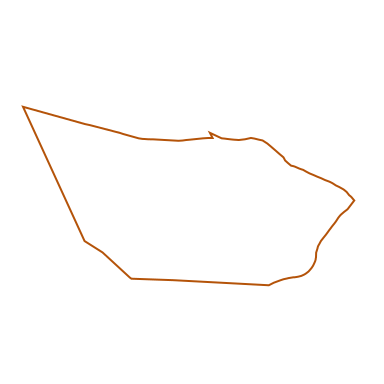 Grande Riviere/Postlewaithe, Gros Islet, Saint Lucia, rotated 265°
{"feature_id": "8701671B10801688655736", "entity_name": "Grande Riviere/Postlewaithe", "entity_type": "district", "adm_level": 2, "iso_a3": "LCA", "parent_name": "Saint Lucia", "parent_adm1": "Gros Islet", "projection": "natural_earth1", "projection_center": [-60.952, 14.042], "detail": "fine", "context": "isolated", "style": "outline", "palette": "amber", "viewbox_px": 384, "rotation_deg": 265, "n_neighbors": 0, "source": "geoboundaries", "source_scale": "gbopen_adm2", "svg_char_len": 1670}
<svg xmlns="http://www.w3.org/2000/svg" viewBox="0 0 384 384"><g transform="rotate(265 192 192)"><path d="M291.6,31.1L152.5,80.7L139.6,97.6L112.2,122.6L110.9,124.1L105.8,165.6L92.4,260.4L94.5,265.6L95.7,270.0L96.4,272.6L97.1,275.5L97.6,279.4L97.8,280.4L98.2,285.6L98.1,286.4L98.2,288.4L98.4,290.6L98.9,293.6L99.9,296.4L100.5,297.7L101.0,298.6L102.6,301.1L104.0,302.6L105.9,304.5L106.9,305.3L107.9,306.1L109.7,307.2L112.2,308.6L113.2,309.0L114.0,309.3L115.1,309.5L115.9,309.8L118.3,310.1L120.8,310.4L122.7,311.2L124.9,312.1L125.9,312.4L126.9,312.8L128.0,313.5L129.1,314.3L130.8,315.4L132.0,316.2L134.9,318.9L137.8,321.7L140.2,323.8L142.3,325.6L143.8,327.0L145.2,328.2L147.2,330.1L148.0,330.9L149.9,332.6L151.4,333.8L153.6,335.5L155.7,337.5L156.7,338.7L157.2,339.4L159.0,341.9L160.5,344.3L161.3,345.5L169.4,352.9L173.0,350.4L173.9,349.6L175.1,348.3L178.5,346.1L180.5,344.1L181.4,343.1L184.2,339.0L186.0,335.9L187.2,334.4L188.6,332.6L189.9,330.5L190.6,329.2L192.2,325.8L192.7,324.9L194.5,321.8L195.8,319.2L196.3,318.2L197.9,315.3L198.5,314.2L200.3,310.7L202.3,307.6L203.7,305.6L204.4,304.6L205.0,303.1L206.0,300.9L208.3,296.7L208.9,295.3L209.6,293.0L212.5,290.1L215.3,287.5L217.3,286.7L218.6,286.1L222.3,282.4L227.0,277.9L233.7,271.3L237.2,266.8L238.3,263.2L239.8,258.8L240.7,255.4L239.9,249.4L239.7,243.1L240.2,240.1L240.4,238.7L240.9,236.0L241.8,231.6L242.3,229.4L242.9,226.2L244.8,222.9L249.4,215.0L244.0,217.2L244.4,212.3L244.5,207.5L244.3,194.2L244.3,190.7L244.1,187.1L244.2,183.0L247.9,157.5L248.3,153.3L248.9,149.5L249.2,147.3L250.1,143.6L255.8,128.4L257.0,125.7L267.5,96.2L269.0,91.3L288.7,38.8L291.6,31.1Z" fill="none" stroke="#b45309" stroke-width="2"/></g></svg>